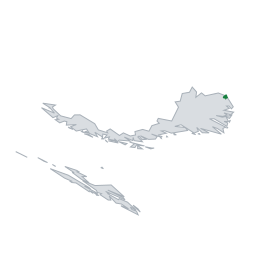 location of Lyngdal nor, Vest-Agder, Norway, rotated 208°
{"feature_id": "86288312B23771706622322", "entity_name": "Lyngdal nor", "entity_type": "district", "adm_level": 2, "iso_a3": "NOR", "parent_name": "Norway", "parent_adm1": "Vest-Agder", "projection": "equal_earth", "projection_center": [7.039, 58.163], "detail": "fine", "context": "in_parent", "style": "filled", "palette": "green", "viewbox_px": 256, "rotation_deg": 208, "n_neighbors": 0, "source": "geoboundaries", "source_scale": "gbopen_adm2", "svg_char_len": 4707}
<svg xmlns="http://www.w3.org/2000/svg" viewBox="0 0 256 256"><g transform="rotate(208 128 128)"><path d="M153.3,112.4L143.7,114.2L145.4,115.3L143.3,118.8L132.0,117.4L129.8,121.5L122.2,122.0L118.1,125.4L120.2,128.1L114.4,133.6L108.0,135.0L108.0,141.3L102.6,146.8L105.7,147.8L105.8,150.7L92.7,154.7L93.2,170.1L98.6,173.2L94.5,176.2L96.3,183.9L90.5,188.4L90.5,194.3L84.4,192.0L82.5,186.9L79.6,193.5L75.0,192.6L64.7,201.3L56.0,202.4L45.0,196.1L45.7,193.5L49.3,194.8L51.3,193.6L47.8,192.8L51.6,188.7L42.2,191.6L43.5,187.9L50.3,186.4L46.7,186.0L49.7,182.8L56.0,180.4L49.8,181.8L42.4,188.0L42.9,184.1L46.4,183.7L42.4,181.0L46.2,178.9L42.3,179.3L41.5,175.9L56.3,176.6L60.4,174.4L42.3,174.6L44.0,172.1L41.1,168.8L48.9,169.5L54.1,168.8L42.7,166.4L63.8,161.7L54.1,161.8L60.1,158.7L67.6,160.8L64.3,158.2L67.2,154.6L82.7,155.8L87.4,151.4L77.7,155.3L74.2,153.8L87.3,143.8L94.4,142.8L97.1,141.0L91.7,141.4L97.7,136.3L95.9,135.2L104.4,133.7L98.2,134.2L98.6,131.1L104.5,127.6L113.4,127.0L106.7,126.5L110.1,124.3L114.5,126.0L115.1,124.7L108.8,122.6L116.7,119.7L119.0,122.1L118.0,119.1L127.0,118.3L120.0,117.5L130.1,113.2L130.9,111.1L135.0,112.2L133.3,111.0L140.1,108.9L140.2,111.4L144.2,107.9L143.3,112.0L147.4,110.8L146.2,108.1L155.3,108.7L150.8,106.0L159.4,105.1L164.2,107.7L172.3,101.0L179.2,102.2L175.2,106.8L183.8,101.6L185.0,104.9L187.5,104.2L190.7,100.5L196.1,101.2L193.3,103.1L195.7,103.2L195.8,105.9L199.1,101.9L213.9,105.3L199.9,106.6L206.6,109.3L214.9,109.9L202.8,114.2L204.6,111.1L203.0,109.8L193.2,107.1L182.6,109.6L181.4,114.4L176.5,117.1L159.4,116.2L153.3,112.4ZM111.7,55.1L121.3,56.0L120.5,57.6L124.8,56.7L126.7,58.1L143.5,60.2L130.1,61.7L116.1,69.8L99.0,65.5L116.7,63.7L99.5,64.3L96.9,63.2L118.0,61.5L113.6,61.1L115.5,60.5L102.8,60.2L102.6,61.5L93.6,62.3L82.5,59.3L88.8,59.3L86.2,57.9L81.5,58.6L78.3,56.1L96.4,55.8L97.8,56.1L89.6,56.9L98.1,57.8L103.3,56.1L112.7,59.2L109.3,56.3L111.7,55.1ZM132.4,53.5L148.0,55.1L152.0,53.5L153.9,53.7L152.9,54.6L160.5,54.0L177.6,55.6L158.6,58.3L135.3,57.2L132.5,56.8L139.1,56.2L126.7,56.1L123.8,55.5L127.4,55.1L121.7,54.7L130.2,54.8L129.1,54.0L132.6,54.4L132.4,53.5ZM144.9,60.8L156.5,62.6L154.6,63.3L165.7,64.4L153.3,66.5L150.9,66.3L152.3,65.3L141.6,65.7L145.7,63.6L136.6,61.3L144.9,60.8ZM114.9,117.3L120.1,116.3L105.0,119.9L112.5,117.0L112.7,114.0L116.9,112.4L114.9,117.3ZM122.6,111.8L129.8,111.6L121.6,113.8L122.6,111.8ZM129.5,110.2L139.4,107.4L134.3,110.4L129.5,110.2ZM77.7,59.5L85.5,61.4L87.3,62.3L81.2,61.3L77.7,59.5ZM109.8,114.3L111.2,117.0L105.5,116.3L109.8,114.3ZM163.9,102.3L160.1,104.0L154.5,103.3L160.8,102.9L163.9,102.3ZM164.8,103.5L163.3,105.6L160.9,105.0L164.8,103.5ZM98.5,120.2L104.0,119.5L98.1,121.3L98.5,120.2ZM215.6,54.5L203.2,54.8L216.0,54.4L215.6,54.5ZM186.5,59.2L193.8,59.5L182.8,59.7L186.5,59.2ZM175.9,100.9L179.9,100.4L181.3,100.8L175.9,100.9ZM167.4,103.0L166.7,104.1L165.5,103.2L167.4,103.0ZM146.1,106.0L146.2,107.2L144.6,106.8L146.1,106.0ZM133.0,80.3L132.6,81.2L130.6,80.5L133.0,80.3ZM177.7,60.3L174.3,60.2L173.9,60.0L177.7,60.3ZM84.1,143.7L85.2,144.8L82.1,144.6L84.1,143.7ZM139.1,105.8L141.3,106.2L142.5,106.9L139.1,105.8ZM123.8,53.9L125.3,54.3L123.1,54.2L123.8,53.9ZM68.7,153.8L65.1,153.9L68.8,153.3L68.7,153.8ZM63.6,155.7L62.3,156.6L61.7,156.1L63.6,155.7ZM97.3,121.6L95.5,122.6L97.4,120.9L97.3,121.6ZM41.8,181.4L41.3,183.1L41.1,180.9L41.8,181.4ZM94.5,135.4L93.6,134.5L94.8,134.6L94.5,135.4ZM207.2,108.2L207.0,109.1L206.8,109.0L207.2,108.2ZM95.5,136.2L93.5,136.4L95.9,136.0L95.5,136.2ZM89.8,138.2L90.0,139.0L89.0,138.7L89.8,138.2ZM40.9,174.5L40.0,175.5L40.2,174.7L40.9,174.5Z" fill="#d9dde1" stroke="#a8b0b8" stroke-width="1"/><path d="M57.9,200.5L57.9,200.4L58.0,200.3L58.0,200.2L57.8,200.0L57.8,199.9L57.6,199.9L57.4,199.8L57.1,200.0L56.8,200.1L56.7,200.1L56.3,200.2L56.4,200.3L56.1,200.4L55.9,200.5L55.7,200.5L55.6,200.4L55.6,200.5L55.4,200.5L55.2,200.6L55.3,200.6L55.4,200.8L55.5,200.8L55.4,200.9L55.5,200.9L55.5,201.0L55.4,201.0L55.2,201.0L55.1,201.3L55.3,201.3L55.5,201.4L55.8,201.4L56.0,201.4L56.3,201.4L56.2,201.4L56.0,201.5L55.8,201.5L55.7,201.5L55.8,201.6L55.9,201.8L56.0,201.8L55.9,201.8L55.9,202.0L55.9,201.9L56.0,201.9L56.1,201.7L56.3,201.6L56.5,201.5L56.4,201.5L56.5,201.6L56.4,201.6L56.3,201.8L56.2,201.8L56.1,202.0L55.9,202.0L56.0,202.1L55.9,202.1L56.0,202.1L55.9,202.1L55.9,202.3L55.9,202.2L55.9,202.3L56.0,202.3L56.2,202.2L56.3,202.2L56.2,202.2L56.3,202.2L56.5,202.1L56.7,201.9L56.8,201.9L56.7,202.0L56.8,202.0L56.8,201.9L57.0,201.9L56.9,201.9L57.0,202.0L57.0,201.9L57.0,202.0L57.1,201.9L57.3,201.7L57.5,201.5L57.7,201.4L57.8,201.3L57.8,201.2L57.9,200.8L57.8,200.7L57.9,200.5ZM56.1,202.3L56.0,202.5L56.1,202.4L56.1,202.5L56.1,202.4L56.2,202.5L56.2,202.4L56.1,202.3Z" fill="#22c55e" stroke="#15803d" stroke-width="1.5"/></g></svg>